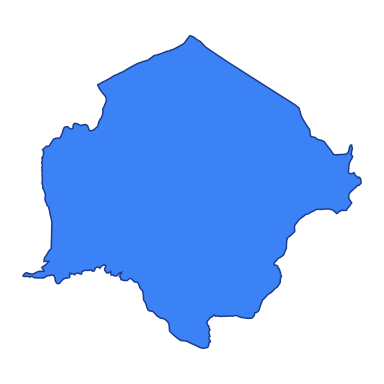 Ratau, Maseru, Lesotho
{"feature_id": "5366337B91346461785811", "entity_name": "Ratau", "entity_type": "district", "adm_level": 2, "iso_a3": "LSO", "parent_name": "Lesotho", "parent_adm1": "Maseru", "projection": "orthographic", "projection_center": [27.776, -29.38], "detail": "fine", "context": "isolated", "style": "filled", "palette": "blue", "viewbox_px": 384, "rotation_deg": 0, "n_neighbors": 0, "source": "geoboundaries", "source_scale": "gbopen_adm2", "svg_char_len": 5743}
<svg xmlns="http://www.w3.org/2000/svg" viewBox="0 0 384 384"><path d="M202.8,348.3L204.5,348.1L205.9,347.9L207.9,347.2L208.9,344.2L209.0,342.1L210.3,341.9L210.1,340.5L208.4,337.9L210.0,336.4L208.9,333.1L208.9,331.2L210.0,329.9L208.7,327.3L208.8,326.1L207.4,324.7L207.1,323.3L206.8,321.8L208.3,320.0L210.5,317.4L212.1,316.8L212.4,316.5L214.0,315.0L215.5,316.2L216.5,316.1L218.1,315.9L220.2,316.5L221.6,316.3L226.1,316.2L230.6,316.0L232.6,316.2L233.9,315.9L235.5,315.4L237.2,315.8L238.6,316.4L240.6,317.3L241.8,317.5L243.6,317.8L245.4,318.0L247.5,318.3L250.4,318.3L252.3,317.9L254.3,315.4L254.8,312.8L256.7,312.4L258.6,310.9L259.4,308.8L259.9,307.4L260.2,306.3L261.1,303.8L262.4,300.4L263.3,299.4L264.3,298.4L265.3,297.4L267.8,294.6L269.4,293.6L270.5,292.9L271.3,292.3L273.2,290.6L274.9,288.7L277.3,287.1L278.6,285.1L280.2,282.5L280.2,282.0L280.5,278.7L281.5,276.0L280.2,273.9L280.7,272.6L279.6,270.7L279.5,269.2L278.1,267.8L277.7,266.3L276.4,265.2L274.4,265.2L274.1,263.7L275.0,261.7L276.1,261.0L277.5,259.2L278.7,258.1L280.4,257.3L282.2,256.1L283.7,254.8L284.8,251.8L285.5,250.2L286.4,248.4L286.4,245.6L286.7,240.9L287.5,237.8L290.1,235.9L294.7,231.6L294.5,225.8L295.5,224.4L297.3,221.9L299.3,219.4L303.6,216.2L305.8,214.4L308.1,213.9L309.3,213.2L310.8,212.3L313.6,211.0L314.0,210.8L316.4,209.4L321.6,209.4L322.8,209.3L324.8,209.0L329.1,209.0L332.7,210.0L336.9,213.6L339.3,211.5L341.9,210.3L344.4,210.4L346.4,210.4L347.4,208.5L349.5,206.2L351.7,202.8L348.8,198.6L348.8,194.3L349.5,193.4L351.0,191.6L352.6,190.1L357.8,185.4L359.3,185.2L361.0,183.2L361.0,180.6L360.4,178.4L359.1,177.1L357.7,177.8L357.0,176.7L356.1,176.0L355.1,175.2L354.7,173.8L353.9,172.7L352.8,173.2L351.9,173.7L350.3,173.7L348.5,172.6L348.4,171.4L348.8,169.1L348.8,167.3L349.1,163.9L350.0,161.5L350.7,160.4L351.8,158.7L352.6,156.4L351.0,154.2L351.5,152.7L351.7,150.9L352.4,148.8L351.6,145.0L350.5,145.2L349.4,147.2L349.2,149.3L348.6,151.3L347.6,153.1L345.6,154.2L342.8,154.4L338.0,154.7L334.8,154.7L333.3,154.2L330.3,149.6L326.4,144.7L324.3,141.7L321.7,140.4L317.7,139.5L315.0,137.4L310.8,136.5L310.1,133.4L309.7,129.6L306.5,125.2L302.9,119.2L301.1,115.7L299.9,111.1L298.9,107.9L294.7,104.6L256.1,80.1L228.8,62.7L215.1,53.6L205.6,47.1L200.4,41.6L196.2,39.2L193.8,37.1L190.0,35.7L188.0,38.0L184.4,43.0L182.9,44.2L180.9,45.3L177.6,47.1L174.0,49.1L170.6,50.2L168.8,51.2L167.6,51.1L163.6,52.6L161.0,53.7L156.3,55.1L154.0,55.6L151.4,57.6L149.0,59.3L147.9,60.2L146.9,60.4L145.4,60.9L142.5,61.7L141.1,62.3L138.5,63.1L134.9,64.9L129.5,67.8L122.9,71.8L119.0,73.4L117.2,74.5L115.8,75.0L113.6,75.9L110.0,78.3L105.6,80.7L102.2,82.3L99.6,83.8L97.7,84.7L98.3,86.3L99.3,88.5L101.1,91.1L103.0,93.5L105.1,96.0L106.2,97.9L106.3,99.6L106.0,101.8L103.6,107.6L102.8,108.9L102.8,110.4L102.9,112.0L102.3,115.6L101.6,117.2L100.3,119.0L99.0,121.5L98.6,122.8L97.8,126.1L96.2,127.7L94.2,129.4L92.6,130.4L90.9,130.7L89.4,130.5L88.3,127.8L87.6,125.7L86.5,124.9L85.0,124.5L82.1,125.2L80.6,125.4L79.1,124.8L77.4,123.8L75.7,123.4L74.4,123.5L73.1,125.4L73.1,126.5L72.9,128.3L71.7,129.0L70.7,129.1L69.4,128.3L68.0,126.8L67.0,126.7L65.0,127.0L64.1,127.7L63.3,129.5L62.5,132.6L61.3,135.3L60.5,137.2L59.3,138.0L55.7,138.3L54.7,138.6L53.5,139.3L52.1,141.3L50.8,143.3L49.8,144.9L49.0,146.1L47.7,146.5L46.6,146.1L42.6,149.7L43.6,151.4L43.3,152.6L43.8,154.1L43.1,155.3L42.9,157.2L41.9,157.6L42.2,158.9L42.3,160.4L41.8,162.0L41.8,163.2L42.5,165.4L41.9,167.0L42.0,169.0L42.0,171.6L42.3,173.1L42.0,175.4L42.3,177.0L42.3,178.5L42.3,180.3L42.0,183.1L42.8,185.8L42.8,188.3L44.0,190.1L44.3,191.4L45.0,193.3L45.5,194.9L45.2,196.6L45.0,198.9L45.3,200.8L46.2,202.8L47.2,205.6L48.8,207.2L49.0,209.1L49.6,210.9L49.9,212.9L50.2,214.7L51.0,217.6L51.5,220.2L52.0,223.7L51.7,226.4L51.7,228.9L51.7,232.0L51.2,248.5L48.9,251.0L47.9,252.7L46.9,254.5L44.4,258.1L44.0,261.6L44.4,261.5L46.4,261.3L48.7,261.3L47.3,263.3L45.0,265.2L43.9,266.1L42.4,266.7L41.9,268.0L42.7,268.8L43.6,270.3L44.0,271.4L41.7,271.3L40.2,271.3L39.1,271.3L37.0,272.1L35.7,272.6L34.0,273.7L32.8,273.9L31.8,274.0L29.5,273.7L29.1,273.6L28.7,273.4L27.6,272.9L27.0,272.9L25.8,272.9L24.7,273.6L24.0,274.3L23.0,276.0L24.8,276.6L25.3,276.5L26.8,276.4L28.5,276.4L29.4,277.1L32.1,276.4L34.5,277.7L37.3,277.9L38.7,277.9L40.7,277.9L42.9,277.9L43.6,277.9L44.1,277.7L45.3,277.2L46.3,276.0L48.3,275.7L50.1,275.6L51.2,274.9L52.4,275.2L53.6,275.2L54.3,276.7L55.2,278.2L55.0,279.5L55.4,280.8L56.0,282.2L56.8,283.3L57.8,283.6L59.3,283.6L60.1,282.6L60.6,282.0L61.4,281.0L62.3,280.1L63.5,279.1L65.1,278.3L65.4,278.2L67.4,278.0L69.3,277.6L69.9,276.7L69.6,274.2L70.2,273.0L71.5,274.1L73.4,273.8L74.6,274.9L75.4,273.8L77.1,273.0L78.8,273.3L80.5,274.1L81.7,273.8L81.8,272.2L82.8,271.1L84.8,270.4L86.7,270.4L89.1,270.4L90.9,269.8L92.4,271.1L93.9,271.1L94.8,269.8L95.3,268.1L96.6,267.1L97.9,267.2L99.0,267.5L99.9,268.2L101.4,266.2L103.8,265.0L105.8,265.6L105.6,267.2L104.7,268.4L104.7,270.2L105.7,271.7L106.8,272.9L108.4,273.0L110.7,271.5L110.6,272.9L111.2,275.1L113.3,275.0L114.2,275.9L116.3,275.9L117.6,275.4L118.5,274.1L119.8,272.9L121.6,272.3L120.4,274.4L119.9,275.7L119.5,276.8L120.7,277.5L121.0,279.6L122.6,280.1L124.4,280.5L126.1,280.6L127.2,280.5L129.3,278.7L131.0,278.4L132.4,279.8L134.4,281.9L136.7,282.2L138.4,283.3L139.8,287.5L141.1,289.3L142.3,290.5L143.1,293.0L143.4,295.5L143.4,299.1L144.3,301.2L145.4,302.7L146.2,304.8L146.9,307.3L147.7,309.3L147.8,309.7L149.1,310.8L152.4,311.3L154.0,312.4L155.6,314.3L157.5,316.3L160.8,318.2L163.5,318.6L165.9,320.1L168.0,322.2L169.1,325.0L169.3,327.9L169.4,328.8L169.5,330.7L170.6,332.2L173.5,334.9L175.5,336.7L176.8,337.7L177.9,338.5L180.9,340.6L182.5,340.6L184.5,340.9L186.3,341.1L188.9,342.3L190.9,343.3L193.0,344.2L194.0,344.6L195.9,345.5L196.8,345.9L199.6,347.4L202.8,348.3Z" fill="#3b82f6" stroke="#1e3a8a" stroke-width="1.5"/></svg>